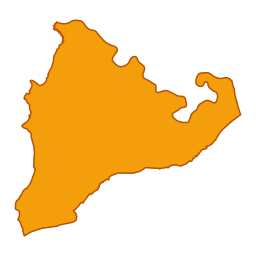 Chiang Khwan, Roi Et, Thailand (Albers equal-area conic projection)
{"feature_id": "78962969B97176317903626", "entity_name": "Chiang Khwan", "entity_type": "district", "adm_level": 2, "iso_a3": "THA", "parent_name": "Thailand", "parent_adm1": "Roi Et", "projection": "albers", "projection_center": [103.728, 16.148], "detail": "fine", "context": "isolated", "style": "filled", "palette": "amber", "viewbox_px": 256, "rotation_deg": 0, "n_neighbors": 0, "source": "geoboundaries", "source_scale": "gbopen_adm2", "svg_char_len": 5596}
<svg xmlns="http://www.w3.org/2000/svg" viewBox="0 0 256 256"><path d="M33.8,174.4L32.7,176.8L32.6,177.4L30.9,182.1L28.9,185.7L27.6,187.3L26.9,187.8L26.5,188.8L24.7,189.1L24.3,189.3L24.1,190.2L22.7,191.8L22.1,193.4L20.9,195.6L19.8,196.5L19.7,197.2L19.0,198.7L17.7,199.9L17.0,200.4L16.2,201.4L15.5,204.3L15.4,207.8L15.5,209.0L15.8,209.3L18.9,210.8L19.4,212.0L19.3,213.3L19.6,214.1L19.5,214.9L19.7,215.7L19.2,216.0L18.9,217.6L18.1,219.0L18.1,219.9L18.6,220.4L19.1,220.5L19.9,222.0L20.3,222.3L21.7,226.8L23.1,229.2L23.1,229.6L22.8,230.4L22.8,231.4L23.3,232.2L23.9,234.8L24.4,235.8L29.6,232.7L32.1,231.5L41.9,228.3L57.4,226.1L60.0,224.8L70.3,222.8L72.5,222.2L74.7,221.3L75.8,220.5L76.2,219.8L76.3,218.7L76.7,218.1L76.5,217.7L76.8,216.5L76.2,215.1L75.9,213.5L75.0,212.5L74.3,211.5L73.8,211.5L73.6,210.5L75.5,209.3L79.5,204.7L80.8,202.8L81.3,202.6L82.9,203.0L84.0,201.3L89.7,193.7L91.0,194.5L95.8,190.3L96.3,190.5L96.7,190.5L97.3,189.7L98.1,189.1L98.3,188.8L98.1,187.9L98.4,187.1L99.4,186.8L99.3,185.6L99.8,184.0L100.3,184.0L101.6,182.2L101.9,182.2L102.7,182.6L104.5,180.6L106.0,180.1L106.1,179.6L106.7,179.3L108.8,179.7L109.0,178.1L109.7,176.5L112.2,175.2L117.4,173.2L119.0,173.0L121.7,173.1L133.4,173.1L139.6,171.4L141.2,170.6L144.0,168.8L145.1,167.8L145.9,167.6L152.1,168.1L158.3,168.3L158.8,168.8L159.2,168.9L163.2,167.9L164.5,168.0L166.1,167.2L166.7,167.5L167.1,167.4L168.0,167.8L169.0,167.2L169.5,166.4L170.0,166.0L171.2,165.6L171.7,165.7L172.1,165.3L173.1,165.0L173.7,165.2L175.1,164.9L179.2,165.6L179.9,166.0L181.5,165.8L183.3,164.9L185.1,164.3L187.1,163.3L188.9,161.1L189.4,161.0L189.8,161.4L190.4,161.2L191.3,161.2L191.8,160.9L192.0,160.7L192.7,159.1L193.0,158.8L193.8,158.6L194.1,157.8L194.9,157.2L195.1,156.4L195.7,156.2L196.4,156.5L196.9,156.5L197.2,155.5L199.0,153.9L199.2,152.7L200.5,151.9L201.2,150.6L203.3,149.2L204.5,149.2L206.5,148.5L206.8,148.2L206.8,147.2L206.2,146.7L206.5,146.3L207.1,146.5L207.6,146.0L209.5,145.6L212.6,143.3L214.2,141.0L215.6,140.1L216.7,137.7L220.4,131.9L222.4,129.7L231.3,121.6L240.6,114.7L238.2,107.3L235.2,95.9L234.6,93.2L234.2,88.8L232.9,85.5L231.9,80.9L229.8,79.0L227.0,77.6L225.1,77.8L221.9,78.4L219.4,78.4L217.3,78.0L213.8,76.4L211.2,74.5L208.7,73.0L207.8,72.7L205.7,72.7L200.7,73.1L199.6,73.5L198.7,74.1L197.3,75.8L196.1,79.4L195.9,81.6L196.2,83.3L196.6,84.3L197.5,85.3L198.6,86.0L200.2,86.4L200.9,86.4L202.2,86.0L203.2,85.2L204.4,82.8L204.9,82.2L205.9,82.0L207.0,82.2L207.8,83.2L208.3,85.9L208.9,87.3L213.2,91.0L215.7,92.0L216.5,92.7L217.1,93.7L217.5,95.1L217.6,97.5L216.7,100.5L216.2,101.6L215.7,102.3L215.0,102.7L214.3,102.9L213.4,102.7L210.8,101.4L208.6,100.5L207.1,100.4L205.4,100.8L199.5,104.3L198.4,105.7L197.0,109.2L196.6,110.0L193.6,111.9L191.9,113.7L191.1,114.8L190.5,117.1L188.4,122.0L187.4,122.4L183.3,122.4L181.3,122.2L179.0,121.5L176.6,120.4L173.9,118.2L172.6,116.3L172.4,114.9L172.7,113.7L173.1,113.1L179.3,109.4L180.1,108.5L181.2,107.8L181.8,107.6L184.7,107.2L186.0,106.4L186.4,105.4L186.3,103.2L185.8,101.5L185.6,99.3L184.8,97.6L183.8,96.9L182.9,96.5L179.1,96.1L176.9,95.6L175.7,94.8L167.5,90.8L166.3,90.5L165.3,90.5L162.4,91.2L159.0,92.4L157.2,92.4L156.4,92.1L155.8,91.2L156.0,86.0L155.3,84.7L151.9,82.7L149.3,80.9L145.0,78.8L143.6,77.7L143.1,76.8L142.9,76.0L143.0,74.1L144.6,69.2L144.5,67.6L143.7,66.0L138.7,61.9L138.3,61.2L137.0,58.3L136.0,56.9L134.7,56.5L133.6,56.6L132.9,56.9L131.5,57.7L130.4,59.2L128.6,63.0L126.5,64.9L124.0,66.0L122.0,66.7L120.9,66.8L118.5,66.3L117.0,65.4L113.4,61.9L112.8,61.1L112.4,60.0L112.4,59.1L112.7,57.7L113.7,56.0L117.1,51.4L117.3,49.4L117.0,48.3L115.7,47.0L114.4,46.3L111.4,45.4L108.8,44.2L106.0,42.5L103.6,40.4L97.9,34.0L96.4,31.9L95.1,30.9L93.2,30.2L90.9,30.0L90.0,29.7L88.0,28.5L86.2,26.7L83.0,22.4L82.0,21.5L80.7,21.0L76.5,20.2L73.9,20.5L72.4,20.8L68.2,23.1L66.7,23.5L64.4,23.8L61.1,23.5L56.6,22.1L56.2,23.3L55.2,23.4L54.8,23.9L54.6,24.5L55.0,24.9L54.7,25.2L54.8,25.6L54.0,25.8L54.7,26.1L54.6,26.5L54.2,26.6L54.1,27.3L54.5,27.9L53.9,27.9L53.6,28.7L54.2,28.9L54.3,29.5L54.8,29.0L55.3,29.5L55.5,29.9L56.2,29.8L56.5,29.3L56.8,29.8L57.9,29.8L57.9,30.5L57.7,30.6L57.2,30.3L57.2,31.0L58.1,31.3L58.9,32.0L59.3,31.5L60.0,31.9L60.0,32.3L59.3,32.8L60.7,33.1L60.5,33.8L60.6,34.9L60.9,35.0L61.4,34.6L61.6,34.6L61.3,35.1L61.8,35.3L61.8,35.8L62.2,36.0L62.1,36.7L62.2,36.9L63.5,36.8L63.6,37.2L63.5,37.5L62.7,37.4L62.5,37.6L62.9,39.1L62.6,39.7L63.7,40.6L63.5,41.0L62.9,40.9L62.7,41.4L62.1,41.6L62.3,42.3L62.8,42.6L62.9,42.9L61.9,43.9L60.7,44.1L60.0,44.9L59.3,45.3L58.6,48.4L58.0,48.9L57.1,49.2L56.6,50.8L55.8,52.4L55.6,53.3L54.0,55.9L53.7,57.5L53.5,60.7L52.3,65.2L51.6,66.9L51.3,67.9L50.5,69.3L49.9,69.9L49.2,71.9L48.0,74.1L48.3,75.2L47.9,75.7L48.1,76.1L48.0,76.8L46.5,78.3L46.6,80.1L45.5,82.1L43.1,84.4L41.8,85.0L40.3,85.5L39.6,85.6L38.8,85.2L36.5,83.0L33.2,80.9L31.7,80.3L31.1,80.4L30.5,80.8L30.3,81.2L30.3,81.5L31.7,83.5L32.1,85.6L31.8,86.7L30.6,89.0L29.4,90.9L29.4,91.6L29.8,92.7L29.7,93.2L29.3,93.8L28.6,94.0L28.1,93.9L27.1,93.3L26.4,93.5L25.9,94.6L24.6,96.3L24.2,97.9L24.5,99.2L25.5,98.9L25.7,99.0L27.2,102.4L29.4,104.5L29.6,108.5L30.2,110.4L30.9,111.3L31.1,112.0L30.8,113.0L30.8,114.5L30.2,115.0L29.4,115.0L29.0,115.6L29.3,116.5L29.6,116.8L30.3,116.9L30.4,117.3L29.0,118.5L28.3,120.2L26.3,122.5L25.9,122.7L24.4,123.1L24.0,124.2L22.7,124.5L21.9,126.2L22.1,126.6L23.2,126.9L23.9,128.0L26.4,128.7L27.0,129.2L27.5,129.4L28.3,130.2L28.3,130.8L29.0,131.4L29.6,131.5L30.9,133.5L31.3,134.7L31.2,135.3L31.4,138.2L31.9,139.2L32.6,142.1L33.0,142.8L33.8,146.6L34.5,152.6L33.9,159.2L33.8,164.4L33.6,166.4L33.6,166.7L34.8,168.2L35.0,168.9L34.7,171.8L33.8,174.4Z" fill="#f59e0b" stroke="#b45309" stroke-width="1.5"/></svg>